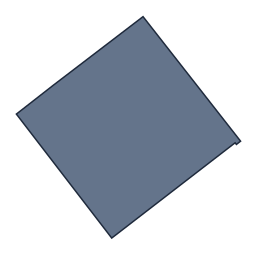 the district of Jones, Texas, United States of America, rotated 322°
{"feature_id": "52423323B81114604697536", "entity_name": "Jones", "entity_type": "district", "adm_level": 2, "iso_a3": "USA", "parent_name": "United States of America", "parent_adm1": "Texas", "projection": "orthographic", "projection_center": [-99.797, 32.737], "detail": "fine", "context": "isolated", "style": "filled", "palette": "slate", "viewbox_px": 256, "rotation_deg": 322, "n_neighbors": 0, "source": "geoboundaries", "source_scale": "gbopen_adm2", "svg_char_len": 260}
<svg xmlns="http://www.w3.org/2000/svg" viewBox="0 0 256 256"><g transform="rotate(322 128 128)"><path d="M208.4,49.5L95.2,48.3L48.6,48.3L47.4,204.7L203.3,205.6L203.3,207.7L208.6,207.7L208.4,49.5Z" fill="#64748b" stroke="#1e293b" stroke-width="1.5"/></g></svg>